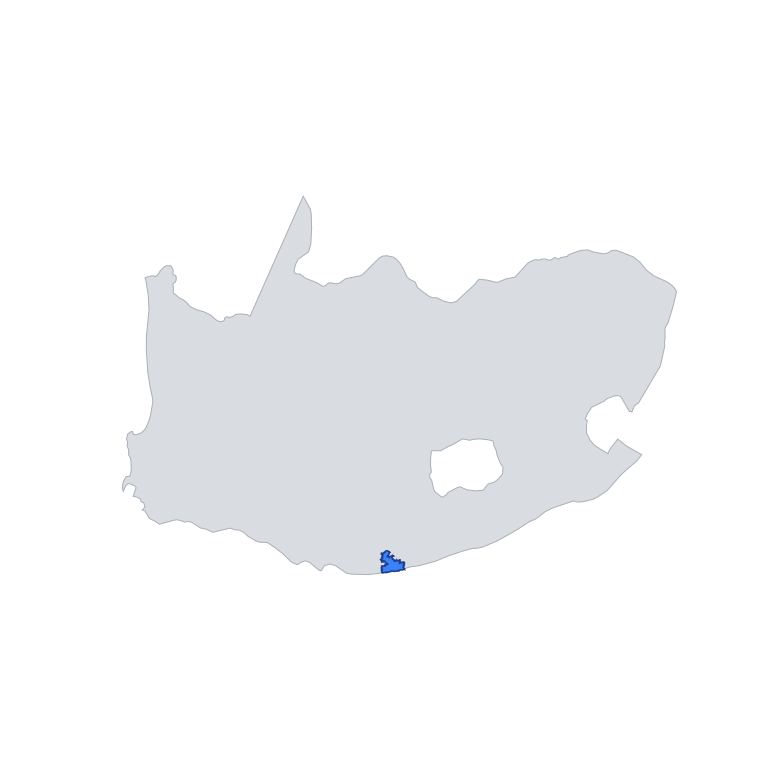 Buffalo City, Eastern Cape, South Africa shown in context, rotated 28°
{"feature_id": "47623444B85184421345333", "entity_name": "Buffalo City", "entity_type": "district", "adm_level": 2, "iso_a3": "ZAF", "parent_name": "South Africa", "parent_adm1": "Eastern Cape", "projection": "albers", "projection_center": [27.551, -32.98], "detail": "fine", "context": "in_parent", "style": "filled", "palette": "blue", "viewbox_px": 768, "rotation_deg": 28, "n_neighbors": 0, "source": "geoboundaries", "source_scale": "gbopen_adm2", "svg_char_len": 8501}
<svg xmlns="http://www.w3.org/2000/svg" viewBox="0 0 768 768"><g transform="rotate(28 384 384)"><path d="M526.5,156.8L544.5,154.7L552.6,156.2L562.2,160.2L571.2,161.8L586.6,160.9L591.9,161.7L596.1,163.2L599.0,165.3L602.9,180.4L606.1,196.6L605.8,201.8L606.3,203.8L610.3,210.8L611.8,215.1L614.1,218.6L618.9,236.0L619.5,239.0L617.7,280.7L615.4,285.6L616.0,292.2L613.5,293.0L599.0,284.0L596.3,284.2L592.1,287.2L588.0,292.0L586.1,296.1L578.3,307.1L577.6,314.2L578.0,320.3L580.5,320.7L582.1,325.1L585.9,332.3L592.5,337.0L598.7,339.3L607.4,340.1L614.3,340.3L614.1,335.5L616.2,322.9L627.7,325.0L644.8,325.4L643.2,333.5L636.1,352.0L631.2,373.0L625.7,383.4L622.7,387.7L614.2,395.1L609.8,397.6L606.2,398.3L591.7,413.6L586.3,421.0L581.3,431.9L576.6,437.9L569.6,450.7L557.5,469.6L547.4,481.9L543.0,485.5L540.0,487.1L532.2,494.3L521.2,505.9L512.8,516.2L500.3,527.9L493.2,533.1L482.5,543.2L479.5,544.7L467.6,554.2L459.0,560.0L445.2,566.8L439.7,568.7L426.6,567.1L421.1,568.2L416.6,572.3L416.3,578.1L414.4,579.0L402.3,576.5L397.4,577.1L394.6,580.3L392.3,584.3L385.5,584.6L373.1,581.0L358.6,579.0L355.2,578.8L348.4,582.1L345.9,582.7L335.7,582.4L330.0,580.8L324.6,581.0L320.5,582.8L315.6,583.6L302.6,595.2L295.6,595.6L289.7,597.2L279.0,596.4L275.8,597.3L272.8,599.4L265.6,600.7L262.9,602.5L251.4,613.3L246.3,612.6L240.0,612.9L232.4,608.2L229.7,608.8L230.3,607.1L230.3,604.3L227.5,601.6L224.7,602.0L223.0,599.8L218.7,599.9L215.2,600.9L213.8,591.8L212.0,591.0L207.6,591.2L205.5,591.7L204.6,592.6L203.7,594.8L204.2,601.2L202.5,599.5L200.5,595.8L199.6,591.8L199.8,586.9L202.9,584.8L201.4,578.8L195.4,568.7L192.0,566.7L189.1,561.5L186.5,559.8L185.1,556.1L182.4,553.3L181.2,548.6L182.3,545.7L184.2,544.0L186.6,546.2L189.2,545.0L192.6,541.2L194.4,535.7L193.8,527.3L192.8,522.1L188.5,508.8L186.8,505.8L179.1,496.7L169.9,484.5L157.8,464.9L151.7,453.1L141.8,429.0L133.8,415.7L124.3,403.4L123.2,402.7L124.3,401.0L128.3,397.5L130.2,396.5L131.3,396.7L132.3,395.8L133.1,393.6L133.3,388.9L134.9,383.9L136.5,381.6L140.2,379.8L143.4,381.4L144.8,383.0L145.5,385.3L146.9,386.4L149.0,386.1L150.6,387.4L151.8,390.3L151.8,392.5L150.7,393.9L151.1,395.7L152.8,397.7L154.9,402.4L163.0,404.1L167.5,404.0L171.9,404.8L176.0,406.6L182.6,406.6L191.6,404.7L199.1,404.6L205.2,406.2L209.5,406.2L212.0,404.7L213.0,402.7L212.4,400.2L213.6,398.5L216.5,397.6L218.8,395.5L220.3,392.3L224.3,389.5L230.6,387.0L233.9,386.9L224.5,256.1L237.1,264.3L240.1,268.3L246.8,280.1L253.7,294.8L255.2,302.0L255.0,303.6L249.6,313.9L249.7,318.8L250.7,324.5L252.3,327.3L254.2,328.1L258.3,326.4L264.8,327.5L277.1,326.1L283.3,326.5L284.8,326.0L286.1,324.7L287.6,321.1L288.9,319.9L294.6,318.1L297.1,316.0L300.8,309.0L312.6,299.2L313.9,297.0L320.7,274.8L322.9,271.6L326.3,269.4L333.0,267.5L337.1,268.2L341.5,269.9L346.5,272.9L354.0,278.6L356.5,279.4L363.8,279.4L368.4,283.2L382.0,285.4L386.0,285.2L390.1,283.0L397.1,282.9L404.6,281.2L409.1,277.3L417.4,253.3L418.3,248.0L419.3,246.6L426.4,243.8L435.2,241.6L437.0,240.5L442.4,233.8L449.5,228.2L454.4,209.2L457.7,204.7L459.7,202.8L461.0,202.7L462.9,201.6L465.3,199.2L468.1,197.8L471.5,197.2L473.6,195.7L474.6,193.1L476.3,191.9L478.7,192.0L480.1,191.2L480.5,189.5L485.9,185.4L486.1,183.7L489.2,179.8L495.3,173.4L501.1,169.9L506.5,169.2L516.6,166.1L520.2,163.1L522.5,159.0L526.5,156.8ZM506.9,438.5L515.2,435.3L521.4,431.2L522.9,423.4L527.7,418.6L529.5,414.2L530.9,408.0L528.2,401.6L524.3,399.6L517.4,393.9L514.3,390.1L510.1,386.9L507.1,383.1L502.3,384.3L494.7,387.3L490.0,390.1L486.1,393.4L479.0,395.7L472.4,406.3L470.3,408.7L465.2,416.5L457.8,420.3L457.6,421.7L460.1,428.0L463.5,434.3L467.1,439.4L466.9,442.6L468.2,445.0L471.4,446.7L476.8,453.1L479.4,455.2L487.6,456.7L488.8,456.4L491.1,452.6L491.4,449.9L496.9,441.6L499.3,439.1L506.9,438.5Z" fill="#d9dde1" stroke="#a8b0b8" stroke-width="1"/><path d="M471.4,551.4L471.6,551.3L472.2,550.9L472.3,550.8L472.3,550.7L472.5,550.4L473.9,549.7L474.1,549.5L474.1,549.4L474.5,549.3L474.8,549.3L474.8,549.1L475.0,549.1L475.0,548.9L475.1,548.7L475.6,548.5L475.7,548.3L476.0,548.2L476.4,547.8L476.4,547.7L476.6,547.5L477.0,547.3L477.0,547.2L477.7,546.8L477.8,546.6L477.8,546.4L478.1,546.3L478.1,546.1L478.3,546.0L478.5,545.6L478.8,545.5L479.0,545.5L479.1,545.3L479.5,545.1L479.9,545.0L480.2,545.0L480.8,544.5L481.4,544.4L481.4,544.2L481.6,544.0L482.0,543.8L482.3,543.6L482.6,543.4L482.8,543.3L483.3,542.9L483.7,542.9L483.8,542.8L484.1,542.5L484.5,542.3L484.3,542.2L484.2,542.3L484.2,542.2L484.3,542.0L484.4,541.7L484.7,541.5L485.0,541.4L485.3,541.2L485.2,541.0L485.5,540.5L485.8,540.4L486.3,540.2L486.5,540.0L486.8,539.7L487.0,539.7L487.3,539.6L487.5,539.3L487.8,539.3L487.8,539.2L487.7,539.1L487.8,538.9L488.1,538.7L488.4,538.4L489.2,538.2L488.7,537.9L488.7,537.7L488.8,537.5L488.7,537.5L488.3,537.4L488.2,537.2L488.0,537.3L487.9,537.3L487.8,537.2L487.4,537.1L487.3,536.9L486.9,536.6L487.0,536.4L486.7,536.4L486.7,536.2L486.7,535.8L487.0,535.6L487.0,535.4L487.0,535.2L486.9,534.7L486.6,534.7L486.3,534.7L486.1,534.6L486.5,534.2L486.6,533.9L486.7,533.7L486.4,533.2L486.3,533.3L486.3,533.6L486.4,533.9L486.2,533.7L485.8,533.7L485.7,533.4L485.8,533.2L485.5,532.8L485.5,532.7L485.4,532.6L485.5,532.5L485.4,532.5L485.4,532.4L485.1,532.4L485.2,532.0L484.7,532.1L483.9,532.6L483.7,532.6L483.6,532.9L483.4,533.1L483.2,533.6L482.6,533.6L482.6,533.9L482.5,534.0L482.4,534.2L482.3,533.9L482.2,533.8L482.1,534.2L482.0,534.4L481.5,534.7L481.4,534.3L481.4,534.0L481.6,533.7L481.6,533.4L481.3,533.5L481.0,533.4L481.0,533.2L481.2,532.8L481.2,532.7L480.8,532.8L480.8,532.5L480.6,532.5L480.6,532.2L480.4,532.4L480.2,532.3L480.3,532.7L480.2,532.6L480.1,532.9L479.6,533.3L479.0,533.3L478.5,533.5L477.9,533.3L478.2,534.0L478.3,534.1L478.2,534.4L477.8,534.7L477.4,534.7L476.9,535.3L476.7,535.1L476.5,535.3L476.4,535.5L476.2,535.5L476.3,535.1L476.0,535.0L476.1,534.9L476.1,534.5L475.9,534.6L475.7,534.7L475.6,534.9L475.4,534.8L475.3,534.7L475.2,534.7L475.1,534.8L474.8,534.7L474.6,534.4L474.4,534.4L474.4,534.5L474.2,534.5L474.1,534.4L473.9,534.1L473.6,534.0L473.4,534.2L473.0,533.9L473.0,534.0L472.8,533.8L472.4,532.9L472.2,532.2L472.7,531.9L473.3,531.4L472.1,531.1L471.8,531.5L471.5,532.1L471.4,532.4L471.4,532.7L471.2,532.6L470.9,533.1L470.7,533.1L470.5,533.4L470.3,533.4L470.3,534.0L470.2,534.6L469.4,534.2L469.2,534.1L468.5,534.2L468.4,534.1L468.2,534.2L468.2,534.5L468.4,534.6L468.5,534.8L468.4,534.9L468.2,535.0L468.1,534.9L468.0,535.0L467.9,535.0L467.9,534.9L467.7,534.3L467.8,533.9L468.0,533.6L468.0,533.3L468.1,533.1L468.1,532.8L468.4,531.9L468.5,531.8L468.8,531.8L468.6,531.7L468.2,531.4L467.8,530.5L468.3,529.8L467.7,529.6L467.3,529.6L466.8,529.6L465.5,529.7L465.4,529.7L465.4,529.8L465.2,530.0L464.9,530.0L464.4,530.2L463.6,531.1L463.6,531.6L463.9,532.1L463.8,532.5L463.6,532.7L463.0,532.9L463.2,533.5L463.1,533.9L462.3,534.0L462.2,534.1L462.1,534.3L461.9,534.5L461.7,534.5L461.9,534.7L461.9,534.8L461.5,535.2L461.5,535.3L461.4,535.3L461.3,535.5L461.9,535.7L462.7,535.7L462.7,535.9L463.1,536.1L463.3,536.1L463.5,536.0L463.5,535.9L463.6,536.0L463.5,536.4L463.4,536.4L463.2,536.9L463.3,537.1L463.3,537.3L463.2,537.2L463.2,537.4L463.3,537.7L463.6,537.6L463.6,538.0L463.8,538.2L463.7,538.4L463.9,538.4L464.0,538.4L464.3,538.4L464.5,538.5L464.6,538.4L464.7,538.5L464.8,538.7L465.0,538.6L464.8,538.8L464.7,538.8L464.4,538.8L464.3,539.0L464.3,539.3L464.1,539.5L463.8,539.7L463.9,539.9L463.8,540.0L463.6,540.1L463.6,540.3L463.9,540.5L464.0,540.8L463.8,540.9L464.0,541.0L464.5,541.0L464.9,541.1L464.9,541.5L465.0,541.7L465.1,541.8L465.3,541.9L465.4,542.0L465.5,542.2L465.9,541.9L466.0,542.0L466.1,541.9L466.1,541.7L465.9,541.5L466.1,541.5L466.2,541.4L466.4,541.4L466.2,541.2L466.4,541.0L466.3,540.5L466.2,540.3L466.5,540.2L466.9,540.0L467.3,540.0L467.6,540.1L467.8,540.3L467.9,540.2L468.7,540.5L469.2,541.5L469.9,540.9L470.3,541.0L470.8,541.1L471.3,541.0L471.8,541.1L471.6,541.6L471.0,542.2L471.2,542.4L470.4,542.9L470.1,543.0L469.8,543.4L469.8,543.7L470.0,543.9L469.9,543.9L470.0,544.1L469.9,544.3L469.9,544.5L469.4,544.5L469.1,544.8L468.9,545.0L468.7,545.0L468.5,545.3L468.4,545.2L468.0,545.3L467.9,545.5L467.9,545.9L467.7,545.9L467.4,546.0L467.5,546.3L467.7,546.7L467.9,546.8L468.3,546.7L468.4,546.9L468.3,547.1L468.0,547.2L468.0,547.5L467.9,547.7L468.0,547.9L468.2,548.0L468.5,547.9L468.6,548.1L468.8,548.2L469.4,548.2L469.5,548.3L469.6,548.5L469.7,548.8L469.1,549.3L469.0,549.6L469.3,549.8L469.6,549.8L469.9,550.1L469.9,550.4L469.9,550.5L470.2,550.6L470.3,550.8L470.4,551.1L470.4,551.4L470.8,551.5L470.9,551.3L470.9,551.1L471.1,551.0L471.4,551.4Z" fill="#3b82f6" stroke="#1e3a8a" stroke-width="1.5"/></g></svg>